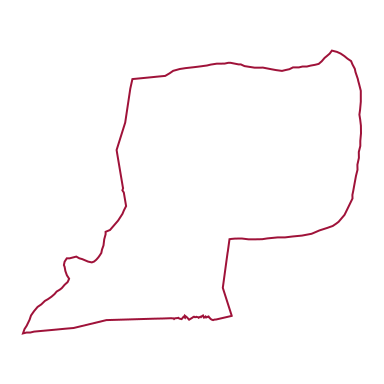 the district of Ile Oluji/Okeigbo, Ondo, Nigeria
{"feature_id": "59680162B60046857326615", "entity_name": "Ile Oluji/Okeigbo", "entity_type": "district", "adm_level": 2, "iso_a3": "NGA", "parent_name": "Nigeria", "parent_adm1": "Ondo", "projection": "natural_earth1", "projection_center": [4.846, 7.238], "detail": "fine", "context": "isolated", "style": "outline", "palette": "rose", "viewbox_px": 384, "rotation_deg": 0, "n_neighbors": 0, "source": "geoboundaries", "source_scale": "gbopen_adm2", "svg_char_len": 2878}
<svg xmlns="http://www.w3.org/2000/svg" viewBox="0 0 384 384"><path d="M329.5,227.1L332.7,226.0L336.4,223.5L338.6,221.8L344.5,214.9L347.4,209.0L350.3,203.0L352.5,198.5L352.4,194.9L353.2,191.1L354.6,183.4L356.0,175.8L357.5,169.8L357.4,164.7L358.9,157.9L358.8,152.0L360.3,146.0L360.3,140.9L361.0,133.3L360.9,125.6L360.2,119.7L359.4,114.6L360.1,109.5L360.8,101.8L360.8,95.0L360.8,90.8L359.3,84.9L358.2,80.8L357.8,78.9L355.5,72.1L354.8,68.8L352.5,64.5L351.1,61.1L347.4,58.6L344.4,56.1L340.7,53.6L337.0,51.9L331.9,50.6L329.7,53.6L326.8,56.1L324.6,57.9L321.7,61.3L318.7,63.9L315.1,64.8L310.6,65.6L307.0,66.5L302.6,66.5L298.9,67.4L296.0,67.4L293.0,67.4L289.4,69.2L285.7,70.0L282.0,70.9L276.1,70.1L271.7,69.3L262.9,67.6L259.2,67.7L258.5,67.7L254.8,67.7L249.6,66.9L244.5,66.1L240.8,64.4L238.6,64.4L230.5,62.8L228.3,62.8L224.6,63.6L216.6,63.7L210.7,64.6L207.0,65.5L203.9,65.9L201.1,66.3L195.5,67.0L193.8,67.2L185.7,68.1L179.8,69.0L174.4,70.5L173.2,70.8L169.6,73.3L165.2,75.9L156.7,76.7L152.8,77.1L134.4,78.9L134.1,78.9L132.4,79.1L130.3,88.6L125.2,122.6L116.6,150.0L117.3,154.3L122.9,187.5L123.1,188.1L122.4,190.3L123.8,192.5L126.1,206.1L123.9,210.4L122.5,213.8L120.3,217.2L118.1,220.6L110.0,230.0L105.6,231.8L105.6,234.3L104.2,239.4L104.2,239.6L103.5,245.4L102.0,249.6L101.3,253.0L99.4,255.9L98.4,257.3L97.1,258.8L96.2,259.8L95.1,260.7L94.0,261.6L91.8,262.4L88.1,261.6L82.2,259.1L79.3,258.3L76.3,256.6L69.7,258.3L66.8,258.3L64.6,261.7L63.9,265.1L64.6,266.8L65.4,271.1L66.9,275.3L69.1,278.7L68.4,280.4L67.6,282.1L64.7,284.7L61.8,288.1L60.8,288.9L59.6,289.8L56.7,291.5L54.5,294.1L51.5,296.7L47.9,299.2L44.9,300.9L41.3,304.4L37.6,306.9L34.0,311.2L31.0,315.5L29.6,319.7L26.7,325.7L24.5,329.1L23.0,333.4L26.7,332.5L30.4,332.5L34.1,331.6L53.9,329.8L65.4,328.7L73.6,328.0L106.4,320.1L153.8,318.7L162.9,318.5L171.4,318.2L171.8,318.3L172.8,318.3L173.6,318.4L174.1,319.0L175.0,318.3L177.9,318.0L178.3,317.8L179.2,318.5L180.2,318.8L181.6,319.1L182.6,317.9L183.6,316.7L184.3,317.3L184.9,317.7L185.0,315.8L186.8,317.2L187.3,317.7L189.1,319.7L192.7,317.5L192.9,317.3L193.3,317.0L193.7,316.8L194.0,316.7L194.3,316.8L194.7,317.1L195.4,317.1L195.9,317.1L196.3,316.8L197.7,317.2L198.2,317.2L198.5,317.4L198.7,317.7L199.8,317.0L201.2,316.5L201.3,316.8L201.6,316.5L202.5,315.8L203.0,315.5L203.4,316.6L204.0,317.6L204.4,317.3L205.5,316.5L206.1,317.5L206.6,317.3L206.8,317.1L207.1,316.9L207.5,316.9L208.0,316.7L208.2,316.9L208.6,316.6L208.8,316.9L209.6,317.8L210.3,318.6L210.8,319.1L212.1,319.8L213.1,320.1L214.4,319.6L216.1,319.5L231.7,315.9L231.7,315.7L223.3,289.4L222.8,287.8L226.7,259.1L227.6,252.6L227.8,251.6L229.5,239.2L231.6,238.9L235.0,238.6L241.7,238.5L248.3,239.3L252.7,239.3L256.4,239.3L262.2,239.2L267.4,238.4L277.7,237.4L285.0,237.4L292.4,236.5L300.8,235.7L301.9,235.6L311.5,233.8L313.0,233.2L319.5,230.4L322.0,229.6L327.6,227.8L329.5,227.1Z" fill="none" stroke="#9f1239" stroke-width="2"/></svg>